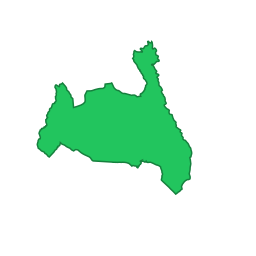 Las Naves, Bolivar, Ecuador (Equal Earth projection), rotated 135°
{"feature_id": "8360857B91548183775904", "entity_name": "Las Naves", "entity_type": "district", "adm_level": 2, "iso_a3": "ECU", "parent_name": "Ecuador", "parent_adm1": "Bolivar", "projection": "equal_earth", "projection_center": [-79.297, -1.282], "detail": "fine", "context": "isolated", "style": "filled", "palette": "green", "viewbox_px": 256, "rotation_deg": 135, "n_neighbors": 0, "source": "geoboundaries", "source_scale": "gbopen_adm2", "svg_char_len": 5783}
<svg xmlns="http://www.w3.org/2000/svg" viewBox="0 0 256 256"><g transform="rotate(135 128 128)"><path d="M154.4,203.3L155.1,202.3L155.8,201.7L157.3,201.4L157.6,200.7L158.1,200.4L159.3,198.4L159.6,198.1L160.7,197.8L161.7,197.9L162.4,197.3L162.7,197.4L163.4,198.0L164.4,198.3L165.5,197.8L166.9,197.0L167.8,196.6L168.5,196.6L169.2,196.9L170.1,196.8L171.4,195.6L171.8,195.5L173.1,195.6L174.0,195.3L175.0,194.6L176.5,194.5L177.4,193.2L177.3,192.4L177.7,192.2L178.5,192.3L179.2,191.9L180.2,192.0L181.9,190.2L182.8,188.1L183.8,187.2L184.1,187.2L184.6,187.7L185.9,187.3L186.2,187.8L186.6,188.0L186.9,187.9L187.3,187.5L187.6,187.5L188.3,188.1L189.1,188.1L189.5,188.7L190.5,188.3L191.7,188.6L192.0,188.2L193.6,187.8L194.8,187.0L194.9,186.7L195.5,185.4L196.5,183.5L197.4,182.7L197.7,182.5L198.5,183.1L199.1,183.1L200.5,182.6L201.2,182.0L203.6,180.7L204.1,180.1L205.8,177.0L205.4,175.7L205.4,173.0L204.5,170.8L204.3,170.1L204.4,169.7L204.7,168.8L204.2,167.2L204.3,165.9L204.5,165.0L204.3,163.7L204.2,163.2L197.4,163.4L195.4,163.9L193.4,163.6L192.4,164.1L191.4,163.9L191.1,164.5L190.8,164.7L189.2,164.0L188.7,164.0L188.0,164.2L187.7,164.6L186.6,165.0L186.2,165.4L186.1,163.3L185.1,161.1L184.8,159.9L184.7,158.5L184.0,156.3L183.4,155.0L183.3,152.2L182.6,150.2L180.5,149.9L179.9,149.3L179.0,148.1L178.6,143.7L178.2,141.8L177.6,139.8L175.8,135.0L175.7,134.1L175.7,133.3L176.2,130.8L176.1,130.1L176.0,129.5L175.6,129.0L163.3,115.1L163.0,114.6L159.6,111.0L158.2,109.8L157.0,108.4L156.3,107.9L154.5,105.9L153.5,104.5L152.5,102.5L152.3,101.6L152.2,98.3L151.6,98.3L151.1,98.0L150.7,97.6L150.3,96.7L149.2,95.4L149.2,94.7L149.5,93.7L149.3,93.0L149.0,92.9L148.7,93.0L147.8,93.9L147.2,93.3L145.9,93.8L144.9,93.6L143.9,93.7L143.5,94.0L143.3,94.3L142.6,94.7L142.8,95.8L142.6,95.9L141.3,95.4L141.8,95.3L141.9,94.8L140.6,93.6L140.4,92.9L140.5,92.4L139.9,92.0L139.5,91.4L138.6,91.7L138.8,90.5L138.6,90.0L138.2,89.5L136.6,88.2L136.2,87.7L135.3,85.5L134.0,81.7L133.5,81.1L132.7,79.2L132.4,77.6L133.0,76.8L134.4,73.7L135.3,72.7L136.0,71.2L136.6,70.6L137.4,70.4L138.1,70.0L138.6,69.3L140.9,67.9L141.2,67.5L141.2,65.4L140.9,57.1L141.0,54.7L140.9,51.1L141.0,47.5L138.4,47.1L137.6,47.2L136.8,46.8L135.7,46.7L134.1,46.9L133.3,46.5L132.8,46.8L132.0,48.1L131.4,48.9L129.1,49.8L126.1,50.2L124.5,50.1L123.0,49.7L122.5,49.5L121.5,48.6L120.1,48.2L118.7,49.4L118.0,50.6L117.4,51.8L116.7,52.7L116.2,52.9L113.8,54.5L111.8,56.3L109.8,57.6L108.9,58.3L106.3,61.6L105.6,62.9L105.3,63.3L104.8,63.3L104.6,63.4L104.3,63.2L103.9,63.1L103.0,63.8L101.3,64.7L100.6,65.3L99.5,66.8L99.3,67.4L97.9,69.5L97.7,71.4L96.7,73.9L96.5,74.9L96.5,76.0L96.2,78.6L96.4,79.1L96.6,79.2L96.8,79.6L97.0,81.0L96.9,81.4L95.7,82.4L95.6,84.1L95.4,84.8L95.0,85.3L93.9,85.8L93.6,86.1L93.6,86.8L94.0,87.7L93.9,88.1L93.7,88.6L93.3,88.8L92.5,89.0L92.3,89.2L92.3,89.7L92.7,91.1L93.2,94.6L93.0,95.0L92.2,95.5L91.9,95.8L91.6,96.5L91.1,97.4L90.2,97.9L90.0,98.2L90.0,98.5L90.0,100.9L89.9,101.3L89.0,103.6L88.2,105.0L87.5,106.1L87.6,106.6L88.2,107.4L88.6,108.1L88.7,108.4L88.6,109.0L88.3,109.5L87.8,110.3L87.4,110.6L86.5,111.1L86.3,111.5L86.3,112.0L86.3,112.3L86.9,114.1L86.9,115.7L86.7,117.8L86.3,118.4L86.0,118.7L85.7,118.7L85.1,118.5L84.3,118.3L83.6,118.4L83.4,118.6L82.8,120.5L82.2,121.4L81.6,121.8L80.6,123.2L80.4,123.8L80.2,124.4L80.3,125.0L80.2,125.5L79.6,126.4L79.5,128.0L79.1,129.2L78.7,130.0L78.1,130.4L77.0,130.4L76.8,130.9L76.3,132.0L75.9,133.8L76.0,135.4L76.0,135.9L75.7,136.5L74.7,137.7L74.2,138.0L73.5,139.8L73.2,140.4L72.9,140.7L72.1,141.1L71.9,141.4L71.8,143.1L71.6,143.4L70.9,143.6L69.3,143.4L68.9,143.6L68.8,143.8L68.6,144.1L68.7,144.8L69.1,145.6L69.6,146.5L69.6,147.0L69.3,147.4L67.8,147.6L67.5,148.1L67.3,150.4L66.1,153.9L66.1,154.2L66.6,155.5L66.5,156.0L66.1,156.1L65.7,155.9L64.6,154.8L64.2,154.6L61.6,154.7L61.0,154.8L60.6,154.7L59.4,153.6L59.0,153.4L58.7,153.4L58.2,153.8L58.0,154.5L58.1,155.7L57.8,156.4L57.4,156.7L56.4,156.9L55.9,157.3L55.8,158.1L56.4,159.4L56.4,160.3L55.1,161.9L54.5,162.2L53.4,162.3L52.9,162.9L52.7,163.4L52.5,164.6L52.5,165.1L52.7,165.7L53.1,165.9L54.1,165.9L54.5,166.3L54.6,166.8L54.2,167.3L52.7,168.6L52.1,169.2L50.5,171.3L50.2,172.0L50.2,172.4L50.9,172.0L51.6,172.0L52.2,172.6L52.5,173.3L52.2,174.7L52.6,175.1L52.9,175.2L53.8,174.0L54.4,172.8L55.9,172.5L56.7,173.0L57.7,173.8L58.5,173.8L60.9,173.2L61.4,173.7L62.5,175.3L63.2,175.3L63.5,175.0L63.6,172.7L63.7,172.1L63.9,171.8L64.3,171.7L64.6,171.9L65.0,172.7L66.4,173.8L67.8,175.5L68.3,176.5L68.5,178.0L69.5,178.0L70.5,177.1L72.3,176.1L72.8,175.0L73.7,174.2L75.6,173.8L75.6,172.3L76.1,171.9L76.7,170.8L77.1,166.1L77.4,165.8L78.6,162.7L78.7,161.8L78.5,160.7L78.6,160.4L79.1,160.3L79.2,160.0L79.3,158.4L79.8,157.4L79.9,155.6L80.4,154.6L80.4,154.0L80.7,153.2L81.1,153.1L81.6,152.5L81.9,151.9L81.7,149.9L82.1,148.7L82.2,147.5L83.2,145.9L83.5,145.7L85.5,145.5L86.0,145.2L86.6,144.5L87.9,144.2L88.9,143.2L89.5,143.3L91.1,142.8L94.3,142.8L94.5,143.1L94.8,143.2L95.4,143.2L95.9,142.7L96.6,141.4L97.5,142.3L98.9,143.2L99.5,143.7L99.6,144.1L99.6,145.1L100.0,146.5L101.2,147.8L102.3,148.5L105.8,154.6L106.9,155.7L107.4,156.5L107.7,157.8L107.9,159.6L108.1,161.0L108.8,161.9L109.4,163.4L109.5,165.2L109.4,166.5L107.7,171.1L107.7,171.4L108.5,171.6L113.1,175.2L115.2,173.5L115.8,173.3L117.2,173.5L117.6,173.6L120.0,175.8L121.4,176.8L123.9,178.3L127.1,179.9L128.2,180.7L130.8,183.2L135.0,181.8L135.7,181.3L137.8,178.8L139.1,177.5L139.7,177.0L140.7,176.8L142.5,176.8L145.1,177.5L148.9,179.3L152.0,181.0L146.3,187.8L146.3,190.3L145.2,191.6L145.0,192.4L144.9,193.7L144.3,195.4L144.4,198.2L143.2,199.8L142.8,201.5L142.5,206.1L143.6,206.1L145.5,207.1L146.1,206.8L146.8,206.0L147.3,205.8L147.6,206.1L147.8,206.9L148.2,208.8L148.3,209.2L148.7,209.5L149.4,209.4L150.7,208.6L151.0,208.1L151.3,206.5L152.9,204.2L153.3,203.8L154.4,203.3Z" fill="#22c55e" stroke="#15803d" stroke-width="1.5"/></g></svg>